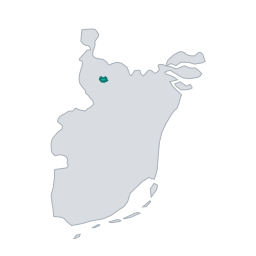 Helmond, Noord-Brabant, Netherlands shown in context, rotated 173°
{"feature_id": "6326949B31180787122352", "entity_name": "Helmond", "entity_type": "district", "adm_level": 2, "iso_a3": "NLD", "parent_name": "Netherlands", "parent_adm1": "Noord-Brabant", "projection": "albers", "projection_center": [5.662, 51.474], "detail": "fine", "context": "in_parent", "style": "filled", "palette": "teal", "viewbox_px": 256, "rotation_deg": 173, "n_neighbors": 0, "source": "geoboundaries", "source_scale": "gbopen_adm2", "svg_char_len": 4253}
<svg xmlns="http://www.w3.org/2000/svg" viewBox="0 0 256 256"><g transform="rotate(173 128 128)"><path d="M161.8,231.1L157.2,231.0L152.9,230.8L150.6,230.5L148.2,229.4L147.0,227.2L145.7,224.5L146.1,222.8L150.1,218.1L150.7,216.8L150.3,216.1L150.7,214.1L153.8,207.1L154.1,204.3L152.8,202.3L150.8,201.1L144.3,199.0L141.3,196.1L139.9,193.6L138.4,192.8L136.3,193.7L131.0,194.6L126.7,193.2L121.6,188.4L120.4,184.0L119.8,180.7L118.6,179.5L116.8,181.2L114.7,183.9L110.4,184.2L109.1,183.5L109.0,182.0L108.7,180.6L107.6,178.8L106.3,177.8L100.8,182.7L98.8,182.7L96.3,180.7L95.0,178.9L92.2,179.9L89.7,182.1L90.5,186.5L89.1,187.3L86.0,186.8L82.6,185.0L78.7,183.8L72.8,180.7L64.5,182.9L58.9,179.9L54.1,179.4L51.2,177.0L48.2,173.0L50.5,170.5L52.7,169.7L61.4,169.5L67.7,171.2L78.9,179.9L81.7,179.9L84.8,178.9L83.3,176.6L80.5,175.4L76.3,173.0L73.0,169.8L80.9,168.9L79.9,167.2L78.9,164.4L70.8,154.3L72.3,151.7L74.5,146.0L77.2,141.3L79.3,140.1L82.7,136.8L90.3,127.1L95.1,119.1L98.7,109.6L104.1,83.4L105.7,78.9L108.2,74.0L111.2,75.0L113.3,76.4L120.8,72.8L133.7,63.1L137.5,54.7L141.2,50.8L155.8,43.2L163.8,40.9L176.2,40.2L185.2,38.7L196.0,38.1L200.2,42.7L202.6,46.1L206.5,48.0L212.5,49.2L212.3,56.0L212.6,69.4L212.2,71.8L209.6,77.5L207.0,87.7L206.3,94.4L205.5,95.7L194.0,95.9L192.3,97.1L192.1,98.5L192.7,100.2L192.5,102.0L191.6,103.4L192.1,105.6L194.2,108.1L197.8,109.6L201.7,109.6L203.7,109.3L205.3,111.1L206.8,113.9L206.7,117.3L206.2,122.0L204.5,126.4L199.2,131.5L196.8,133.3L194.5,134.2L193.5,135.6L193.0,137.2L193.1,138.7L197.0,142.7L197.0,143.6L195.9,145.7L194.4,147.7L184.6,151.9L180.5,151.6L178.2,153.7L177.4,154.1L174.8,152.2L169.0,150.1L166.9,150.9L165.7,152.1L162.0,153.5L159.4,155.8L159.4,158.6L164.1,166.1L165.7,167.5L165.8,170.3L168.1,173.8L170.4,178.2L170.7,180.9L170.4,183.8L169.3,187.8L165.3,197.2L165.3,199.0L165.6,200.3L167.0,200.7L168.1,201.4L167.8,202.6L160.2,209.2L159.2,210.3L156.0,210.0L155.5,211.1L156.0,212.8L157.2,214.4L159.9,215.2L162.3,216.8L164.2,220.0L161.8,231.1ZM82.6,185.0L81.8,187.6L80.0,190.6L74.0,194.8L67.8,197.4L64.6,197.0L62.4,195.5L61.3,193.9L58.0,192.3L53.5,191.4L50.6,193.0L48.6,194.4L46.8,194.1L45.5,192.8L44.5,190.8L43.4,184.6L46.8,183.6L54.1,183.3L59.8,185.7L67.2,186.9L73.0,184.1L77.4,186.7L82.6,185.0ZM70.8,159.4L75.0,163.4L75.9,164.7L76.2,166.0L70.7,167.5L64.9,162.5L61.0,163.6L59.6,161.3L59.6,159.8L63.7,158.7L70.8,159.4ZM113.3,64.8L109.0,69.8L106.4,68.4L105.7,67.2L107.1,63.3L113.4,56.7L113.3,64.8ZM132.4,42.4L128.4,43.0L126.6,41.9L136.2,39.1L142.3,38.3L143.3,38.7L132.4,42.4ZM158.1,37.2L149.7,38.4L146.9,37.5L146.4,36.7L148.7,36.2L155.9,36.0L158.1,36.7L158.1,37.2ZM123.0,47.9L115.1,53.1L114.4,52.3L119.5,47.7L123.0,47.9ZM192.4,28.0L188.4,28.3L189.5,26.4L193.2,24.9L195.1,24.9L192.4,28.0ZM175.3,33.4L169.4,35.8L167.9,35.3L168.3,34.6L173.5,33.1L175.3,33.4Z" fill="#d9dde1" stroke="#a8b0b8" stroke-width="1"/><path d="M149.2,181.8L149.2,181.7L149.2,181.4L149.7,181.4L149.8,181.4L149.7,181.4L149.6,181.1L149.5,180.9L149.4,180.8L149.5,180.7L149.4,180.7L149.3,180.4L149.2,180.2L149.2,179.9L149.2,179.7L149.3,179.8L149.5,179.6L149.8,179.6L150.0,179.7L150.0,179.4L149.9,179.4L149.8,179.1L149.7,179.0L149.7,178.9L149.5,178.7L149.4,178.7L149.4,178.4L149.2,178.3L149.1,178.2L149.0,177.9L148.9,177.8L148.8,177.7L148.7,177.7L148.8,177.5L148.8,177.3L148.5,177.2L148.4,177.2L147.7,176.9L147.7,177.1L147.3,177.1L147.2,177.1L147.2,177.3L147.3,177.5L147.2,177.5L147.0,177.4L146.8,177.3L146.7,177.1L146.5,176.9L146.5,177.0L146.4,177.0L146.2,177.2L146.1,177.3L145.9,177.4L145.9,177.5L145.7,177.6L145.6,177.8L145.4,177.8L145.2,177.8L145.2,177.7L144.9,177.6L144.6,177.4L144.4,177.1L144.5,176.9L144.4,176.9L144.0,177.0L143.2,177.5L142.9,177.5L142.6,177.7L143.3,178.9L143.7,179.2L143.8,179.3L144.1,179.4L144.2,179.5L143.9,179.7L143.7,179.8L143.4,179.9L143.2,179.9L143.2,180.0L143.3,180.0L143.3,180.3L143.5,180.5L143.6,180.4L143.7,180.5L143.8,180.5L144.0,180.9L144.1,180.7L144.2,180.8L144.3,180.9L144.3,181.1L144.5,181.1L144.8,181.1L145.2,180.9L145.4,180.8L145.8,180.6L146.0,180.6L146.4,180.6L146.7,180.6L146.9,180.6L147.0,180.5L147.5,181.0L147.8,181.2L147.8,181.3L147.9,181.5L148.0,181.6L148.1,181.8L148.3,181.9L148.6,181.8L148.8,181.8L148.8,181.7L148.9,181.8L149.1,181.8L149.2,181.8Z" fill="#14b8a6" stroke="#0f766e" stroke-width="1.5"/></g></svg>